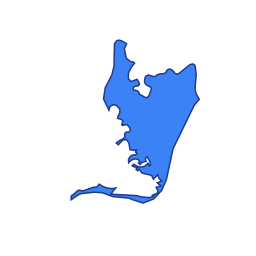 outline of Dumyat, rotated 132°
{"feature_id": "EGY-1539", "entity_name": "Dumyat", "entity_type": "Governorate", "adm_level": 1, "iso_a3": "EGY", "parent_name": "Egypt", "parent_adm1": "", "projection": "albers", "projection_center": [31.792, 31.35], "detail": "fine", "context": "isolated", "style": "filled", "palette": "blue", "viewbox_px": 256, "rotation_deg": 132, "n_neighbors": 0, "source": "natural_earth", "source_scale": "10m", "svg_char_len": 2334}
<svg xmlns="http://www.w3.org/2000/svg" viewBox="0 0 256 256"><g transform="rotate(132 128 128)"><path d="M216.1,124.7L214.1,124.1L207.8,123.4L206.4,122.1L205.6,120.4L204.1,118.9L195.9,114.5L192.6,111.7L191.3,111.8L189.0,111.8L188.1,107.0L186.2,102.7L183.7,99.3L180.8,96.9L184.8,96.9L188.6,96.4L173.0,77.0L169.7,71.2L165.3,65.4L161.8,63.4L161.7,64.9L156.6,62.5L154.6,63.8L153.3,67.4L149.1,64.9L149.0,66.1L149.3,68.5L149.1,69.6L148.0,68.9L145.9,68.1L144.7,67.4L144.8,70.2L144.3,72.2L142.8,74.8L149.1,74.8L147.4,78.8L152.1,87.3L151.2,92.2L153.3,92.2L153.3,94.5L151.2,94.5L151.9,96.1L152.9,97.8L153.3,99.6L151.2,99.6L150.2,95.2L148.1,91.8L145.0,89.9L140.7,89.5L141.9,86.8L140.6,86.5L138.4,88.9L136.5,94.5L138.4,94.7L139.4,94.3L140.7,92.2L142.9,93.9L144.6,94.6L147.0,94.5L147.0,96.9L144.7,96.9L144.7,99.6L145.9,101.7L147.7,103.2L150.1,104.1L153.3,104.3L151.2,106.5L148.0,107.3L145.0,106.6L142.8,104.3L140.7,104.3L140.9,106.2L140.4,106.6L139.4,106.5L138.4,107.0L139.8,108.0L140.9,109.2L142.8,111.9L138.5,117.4L137.7,121.5L140.4,123.8L147.0,124.0L147.0,126.7L142.9,125.9L139.6,124.5L136.8,124.3L134.2,126.7L132.3,126.7L130.3,124.5L128.2,124.7L126.7,126.8L126.1,130.5L127.3,132.3L129.5,133.5L129.9,134.8L126.1,136.5L126.1,138.7L127.8,142.2L125.7,143.4L122.2,144.3L119.5,146.6L118.9,151.6L120.8,154.8L124.2,155.7L127.5,154.1L122.8,165.6L113.3,171.9L99.6,175.4L91.5,179.7L74.3,194.5L70.5,194.8L68.4,193.1L67.1,189.8L66.4,185.4L71.6,183.7L77.3,176.0L77.1,171.0L75.3,168.0L75.4,166.5L80.6,166.2L86.6,164.6L91.0,160.9L91.5,156.8L85.8,153.9L86.6,151.1L87.2,149.8L87.9,148.7L90.0,148.7L92.6,150.9L95.1,150.9L96.2,149.3L94.2,146.5L94.2,143.8L95.4,142.3L94.5,139.3L94.1,136.8L92.8,134.1L90.9,134.0L89.2,134.3L83.3,136.7L82.7,138.2L82.7,139.3L83.6,142.7L83.7,144.1L83.0,146.2L81.0,148.0L77.9,149.5L75.9,148.8L74.8,148.1L72.7,143.5L71.3,142.1L69.2,142.0L67.0,140.8L63.2,137.5L60.9,137.1L58.6,137.7L56.5,136.7L55.6,134.9L55.4,132.4L56.0,129.9L55.1,127.5L53.3,126.6L39.4,124.4L36.9,122.6L36.6,120.6L37.3,119.2L42.7,113.0L53.2,105.1L55.4,102.8L56.9,100.2L57.7,98.2L58.8,94.9L58.9,94.3L66.8,94.0L113.2,80.7L140.7,64.9L151.9,61.2L163.7,61.5L173.6,66.5L178.0,76.1L179.5,80.4L189.2,93.5L193.3,103.8L198.2,110.0L208.1,118.9L211.4,120.4L218.9,122.1L219.4,122.3L217.3,124.0L216.2,124.7L216.1,124.7Z" fill="#3b82f6" stroke="#1e3a8a" stroke-width="1.5"/></g></svg>